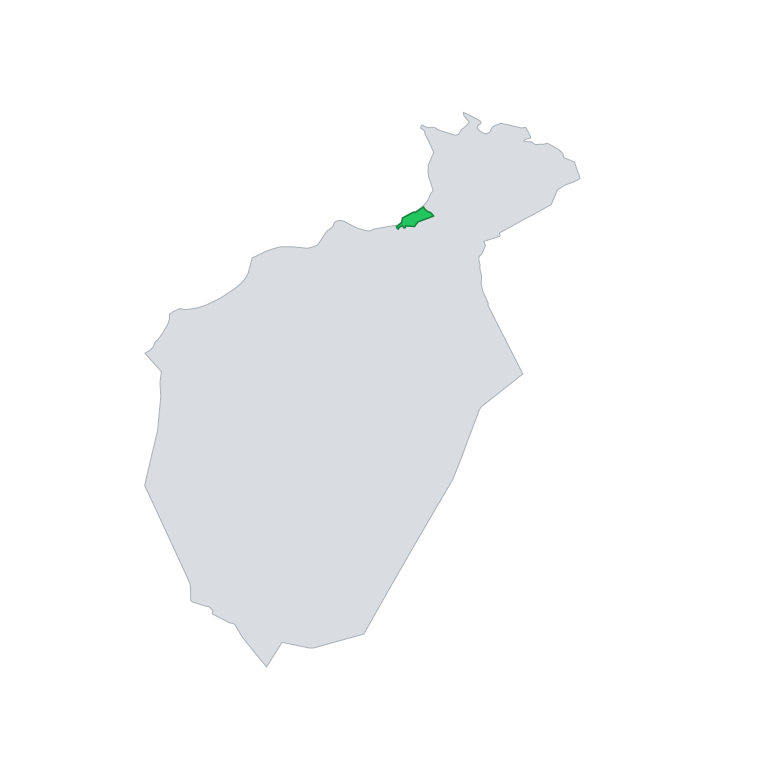 location of Birni-N'Konni, Tahoua, Niger, rotated 153°
{"feature_id": "23599985B12101722290167", "entity_name": "Birni-N'Konni", "entity_type": "district", "adm_level": 2, "iso_a3": "NER", "parent_name": "Niger", "parent_adm1": "Tahoua", "projection": "albers", "projection_center": [5.016, 13.935], "detail": "fine", "context": "in_parent", "style": "filled", "palette": "green", "viewbox_px": 768, "rotation_deg": 153, "n_neighbors": 0, "source": "geoboundaries", "source_scale": "gbopen_adm2", "svg_char_len": 3665}
<svg xmlns="http://www.w3.org/2000/svg" viewBox="0 0 768 768"><g transform="rotate(153 384 384)"><path d="M583.1,520.0L576.8,520.3L573.2,521.6L568.8,525.3L563.8,526.8L557.7,530.1L553.8,532.7L550.2,534.8L545.3,539.7L543.8,543.3L538.8,544.2L531.7,543.8L527.1,540.3L516.6,536.8L509.8,535.5L506.7,535.1L490.8,534.8L473.9,536.7L465.3,538.7L463.8,539.1L458.9,541.5L454.9,544.2L444.2,556.1L429.6,555.9L421.0,554.8L413.7,553.1L403.3,547.8L390.5,539.6L385.7,538.6L381.3,538.0L379.8,538.1L364.8,546.5L361.9,546.4L358.3,547.4L356.0,549.4L354.3,550.5L352.5,550.7L350.1,550.2L347.7,549.0L345.4,546.7L339.1,537.5L337.8,535.9L335.1,533.2L330.6,528.9L327.6,527.0L325.7,526.5L323.5,526.8L311.4,523.2L299.3,519.4L296.6,519.9L294.8,520.7L290.6,523.5L285.6,524.1L279.4,523.8L275.9,523.5L270.4,524.4L266.7,525.5L261.9,527.5L255.6,532.7L253.8,533.4L252.3,534.3L250.1,548.7L248.4,553.1L245.2,558.8L238.9,564.3L234.5,567.6L234.4,572.1L234.0,579.4L233.9,584.4L234.2,587.7L233.5,589.3L233.2,590.7L233.4,592.8L234.4,593.9L235.0,595.2L234.6,596.3L232.6,597.6L230.3,594.3L227.5,591.9L224.3,590.9L222.2,589.2L221.1,586.9L216.9,582.3L207.5,573.2L206.5,573.0L204.9,572.6L202.2,573.7L200.5,575.1L199.4,575.7L197.6,575.8L193.0,576.9L189.4,578.3L189.3,579.5L191.0,586.3L190.1,590.0L188.5,588.2L183.3,581.3L179.8,576.2L179.1,575.0L178.6,573.3L179.0,572.5L180.4,572.0L183.8,571.4L184.4,570.8L184.6,569.4L184.1,566.8L182.3,563.3L180.4,560.9L179.3,560.5L177.4,560.4L175.2,560.6L171.1,563.5L169.3,564.0L165.1,563.7L161.4,563.1L159.2,561.5L152.5,555.8L145.2,549.6L142.1,548.7L141.4,548.1L141.0,543.5L141.2,537.9L141.6,536.5L144.7,537.4L148.0,537.9L149.1,536.9L146.5,534.9L142.7,532.8L141.3,529.7L140.3,528.7L138.6,527.6L136.7,527.0L134.7,526.1L133.4,525.2L131.2,524.8L128.9,524.1L125.6,519.1L122.4,514.3L120.6,510.5L120.0,508.2L121.0,504.4L120.1,502.8L116.5,498.9L113.6,495.2L114.4,489.6L115.1,484.9L115.2,482.0L115.7,480.3L116.2,478.4L118.2,477.9L123.3,478.0L133.2,479.1L141.2,478.2L141.6,478.1L147.3,473.2L153.6,468.0L162.9,467.6L173.0,467.2L181.0,467.1L192.5,466.8L201.9,466.5L212.7,466.2L213.0,463.8L213.7,463.2L214.8,463.2L222.7,464.5L230.2,465.8L230.8,461.3L237.4,455.6L241.1,454.5L242.0,453.5L243.2,451.5L243.9,448.6L244.3,446.4L245.6,444.7L246.7,441.5L248.0,435.8L251.7,429.9L253.9,421.9L254.2,414.1L254.6,408.2L255.7,407.0L255.7,396.5L255.7,385.9L255.7,377.0L255.7,365.9L255.7,356.2L255.7,345.6L255.7,336.2L255.7,329.9L263.2,328.4L270.9,326.9L282.2,324.6L294.4,322.2L307.7,319.5L310.7,317.8L320.6,308.7L325.1,304.6L334.1,296.5L340.9,290.1L349.7,282.1L358.9,274.0L366.2,267.6L377.8,260.2L395.2,249.1L412.5,237.9L429.8,226.8L447.0,215.5L464.2,204.3L481.4,193.0L498.5,181.7L515.5,170.4L533.1,174.0L549.8,177.4L566.6,180.8L570.6,182.8L579.8,190.2L591.5,199.6L592.0,199.8L592.5,199.8L603.2,193.5L617.1,185.3L621.6,205.7L625.2,223.3L625.9,234.5L626.1,237.5L627.4,239.4L630.1,241.3L641.4,257.1L639.2,260.1L641.1,265.0L643.9,267.1L653.2,276.4L654.4,278.3L654.0,279.8L648.3,291.6L647.4,294.4L646.8,309.1L646.4,319.5L645.8,333.7L645.2,350.8L644.6,365.2L643.9,384.2L643.3,402.2L634.7,412.5L619.3,430.7L606.8,445.4L600.6,455.2L588.4,474.4L583.1,486.7L578.8,493.1L576.7,495.9L579.0,504.7L583.1,520.0Z" fill="#d9dde1" stroke="#a8b0b8" stroke-width="1"/><path d="M268.4,523.8L274.4,523.1L277.5,522.6L278.4,522.7L279.8,523.7L292.2,523.5L295.0,519.8L300.1,518.7L301.5,518.6L301.6,517.1L301.1,515.6L299.4,516.4L298.2,516.7L295.7,516.7L295.4,514.0L294.1,513.7L293.0,515.0L291.5,514.2L289.6,513.1L285.3,510.4L282.6,511.9L279.8,513.0L272.5,512.1L267.2,511.5L263.6,511.2L263.8,512.7L264.6,515.5L266.9,517.9L267.1,518.7L268.1,520.9L268.4,522.5L268.4,523.8Z" fill="#22c55e" stroke="#15803d" stroke-width="1.5"/></g></svg>